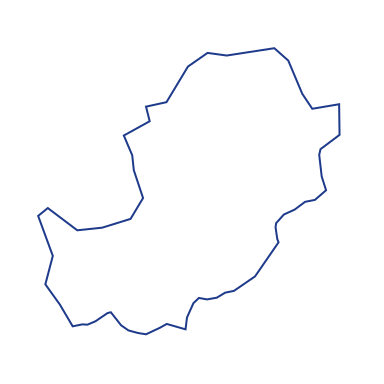 an SVG outline of Aizputes, rotated 84°
{"feature_id": "LVA-5714", "entity_name": "Aizputes", "entity_type": "Municipality", "adm_level": 1, "iso_a3": "LVA", "parent_name": "Latvia", "parent_adm1": "", "projection": "mercator", "projection_center": [21.624, 56.709], "detail": "fine", "context": "isolated", "style": "outline", "palette": "blue", "viewbox_px": 384, "rotation_deg": 84, "n_neighbors": 0, "source": "natural_earth", "source_scale": "10m", "svg_char_len": 842}
<svg xmlns="http://www.w3.org/2000/svg" viewBox="0 0 384 384"><g transform="rotate(84 192 192)"><path d="M120.1,36.5L150.6,39.3L162.8,59.7L168.3,61.6L190.1,61.4L204.3,58.5L212.7,70.6L213.6,80.6L220.2,91.7L224.0,103.0L231.8,111.6L235.8,112.6L247.7,112.1L251.1,111.2L282.5,138.1L294.7,160.6L295.6,169.6L299.7,178.4L300.4,188.2L298.1,196.2L302.7,202.2L316.3,210.1L327.9,212.8L320.6,230.9L323.7,238.2L328.7,252.6L326.6,260.4L323.0,269.7L317.2,276.4L303.1,285.3L303.6,288.7L310.5,301.6L313.0,309.8L312.2,314.9L313.1,324.7L290.3,335.1L268.5,347.5L241.0,337.1L199.7,347.5L192.9,337.1L218.1,310.1L218.1,285.1L212.3,255.9L192.9,241.3L164.2,247.6L149.3,247.6L128.7,253.9L117.2,226.7L102.3,228.8L100.0,208.0L66.8,182.9L55.3,162.0L59.9,143.2L57.6,95.1L71.4,82.5L105.8,72.1L121.8,63.7L120.1,36.5Z" fill="none" stroke="#1e3a8a" stroke-width="2"/></g></svg>